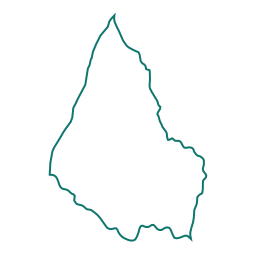 outline of Pachalum, Baja Verapaz, Guatemala
{"feature_id": "79465075B39093617577569", "entity_name": "Pachalum", "entity_type": "district", "adm_level": 2, "iso_a3": "GTM", "parent_name": "Guatemala", "parent_adm1": "Baja Verapaz", "projection": "equal_earth", "projection_center": [-90.648, 14.927], "detail": "fine", "context": "isolated", "style": "outline", "palette": "teal", "viewbox_px": 256, "rotation_deg": 0, "n_neighbors": 0, "source": "geoboundaries", "source_scale": "gbopen_adm2", "svg_char_len": 3020}
<svg xmlns="http://www.w3.org/2000/svg" viewBox="0 0 256 256"><path d="M114.4,15.4L112.7,17.2L111.1,18.9L109.3,21.6L107.8,26.8L100.5,35.5L96.1,44.2L92.9,51.9L91.7,58.1L90.9,59.1L89.5,65.4L87.9,68.4L85.3,84.7L77.9,98.7L75.5,103.8L73.3,108.0L72.3,117.4L70.7,121.9L65.8,128.5L63.0,132.8L60.6,137.0L58.6,140.3L54.2,147.4L52.5,151.1L50.4,162.4L49.7,174.7L50.8,174.8L52.2,174.9L53.6,175.2L54.7,175.8L55.8,176.6L57.1,178.7L57.8,180.3L58.5,182.3L59.2,184.4L60.1,186.4L61.3,187.9L62.3,188.6L63.6,189.0L64.8,189.2L66.0,189.6L67.1,189.9L68.7,190.8L69.9,192.2L72.1,193.9L73.5,194.3L74.7,195.6L74.5,198.1L74.2,200.0L74.6,201.2L76.3,203.6L77.7,204.4L79.3,204.7L80.8,205.1L81.9,205.3L84.1,206.8L85.4,208.1L87.0,209.3L89.3,209.6L91.0,210.0L92.2,210.7L94.8,212.7L96.1,213.8L97.7,215.2L100.4,218.3L102.6,221.5L104.8,224.6L106.4,226.8L107.5,228.0L109.3,228.9L111.0,229.0L112.2,228.9L113.2,228.7L114.5,228.3L116.1,228.3L117.2,229.4L118.2,231.7L118.8,232.8L119.6,234.1L120.6,235.3L121.8,236.5L123.0,237.4L125.6,238.8L127.9,239.8L129.1,240.2L130.5,240.5L132.4,240.6L133.4,240.4L135.1,239.6L135.8,238.7L137.2,236.0L138.0,233.8L138.5,232.2L138.9,230.9L139.2,229.6L139.6,228.3L140.7,226.2L142.0,225.7L143.0,225.8L144.6,226.5L145.7,227.0L148.2,227.0L149.7,226.3L151.5,225.1L153.5,224.9L155.0,226.3L155.7,227.2L156.9,228.6L158.1,229.4L159.4,230.0L161.4,230.0L162.9,229.2L164.1,228.4L165.3,227.7L167.0,227.4L169.0,227.7L170.4,229.2L171.2,231.0L172.2,233.4L173.1,235.5L174.4,237.8L176.6,238.3L178.9,237.9L180.5,237.4L183.1,236.4L184.1,236.0L186.1,235.6L187.5,236.0L188.4,236.7L189.5,237.6L191.0,239.0L190.3,235.4L190.3,232.4L190.6,231.0L191.3,228.1L193.1,222.1L193.8,217.7L193.9,216.4L194.3,210.2L194.8,208.7L195.5,207.1L196.4,204.9L196.8,203.4L197.0,201.9L197.2,199.3L197.3,197.4L198.2,196.0L199.6,194.7L201.2,193.8L202.2,193.1L202.8,189.5L202.9,182.7L203.1,180.7L204.3,179.1L205.2,178.3L206.0,177.2L206.3,175.6L205.7,174.1L204.3,172.4L203.3,171.0L202.8,169.0L203.3,166.6L203.8,165.1L203.9,163.1L203.9,160.6L203.3,159.1L202.4,158.0L201.0,156.9L199.7,156.2L198.2,155.9L196.5,154.8L195.6,153.7L194.4,152.1L193.7,150.5L193.3,149.1L192.2,148.1L191.2,147.6L189.6,147.4L188.6,147.4L185.6,147.9L184.2,147.5L183.0,146.2L181.2,142.6L179.8,141.2L178.5,140.9L176.4,140.8L175.4,140.8L174.2,140.1L173.2,139.0L172.0,138.3L170.9,139.0L169.2,139.8L168.0,139.9L167.1,137.2L167.0,135.4L166.7,133.2L166.2,132.0L165.5,131.0L163.5,128.3L162.7,127.3L162.0,125.6L161.4,124.2L160.8,123.0L159.9,121.3L159.3,119.2L159.0,117.8L158.3,115.9L157.4,114.1L157.8,112.6L160.1,108.8L160.3,106.8L158.7,105.5L158.0,103.5L157.5,101.6L157.0,100.5L151.6,91.7L149.9,88.2L149.6,86.5L149.6,84.0L149.9,81.1L150.0,79.0L149.9,77.5L149.8,72.1L149.5,70.1L147.3,69.6L146.0,68.9L145.7,66.5L144.3,64.5L143.2,63.9L142.1,63.1L140.7,61.0L140.1,57.5L139.7,55.0L139.0,53.2L138.4,52.2L135.1,50.8L132.2,49.4L128.7,47.4L127.1,46.1L125.9,44.7L122.9,40.2L119.4,32.1L118.5,30.3L117.9,28.9L117.2,27.8L115.1,23.0L114.5,21.3L114.3,19.9L114.1,17.9L114.4,15.4Z" fill="none" stroke="#0f766e" stroke-width="2"/></svg>